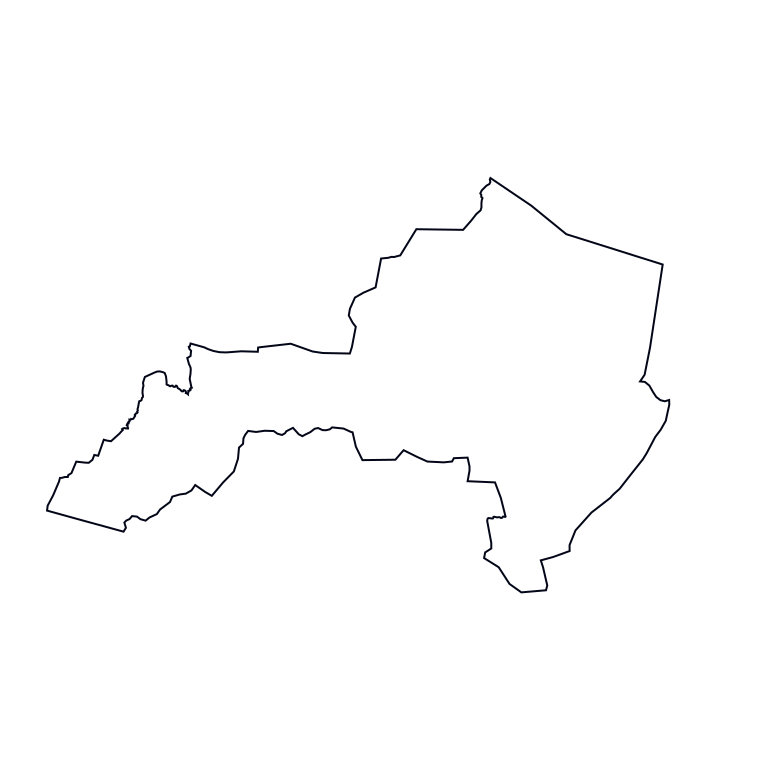 Kaura Namoda, Zamfara, Nigeria, rotated 109°
{"feature_id": "59680162B64690225464412", "entity_name": "Kaura Namoda", "entity_type": "district", "adm_level": 2, "iso_a3": "NGA", "parent_name": "Nigeria", "parent_adm1": "Zamfara", "projection": "equal_earth", "projection_center": [6.672, 12.478], "detail": "fine", "context": "isolated", "style": "outline", "palette": "ink", "viewbox_px": 768, "rotation_deg": 109, "n_neighbors": 0, "source": "geoboundaries", "source_scale": "gbopen_adm2", "svg_char_len": 4054}
<svg xmlns="http://www.w3.org/2000/svg" viewBox="0 0 768 768"><g transform="rotate(109 384 384)"><path d="M266.3,427.6L295.4,423.4L304.3,433.1L311.7,439.6L324.0,440.7L330.7,439.6L336.2,433.7L339.1,429.3L359.3,426.4L366.3,426.2L374.6,451.9L376.5,462.0L376.3,485.3L389.4,512.8L390.5,514.9L394.6,513.8L399.5,529.5L404.2,540.4L405.7,544.0L407.5,550.0L408.3,556.1L408.3,561.1L408.2,562.8L407.9,565.4L407.9,566.6L408.2,571.9L408.7,580.1L409.8,580.0L411.6,579.8L412.3,580.7L414.2,579.4L415.4,577.2L418.1,576.6L420.5,576.0L422.3,577.4L423.4,578.5L428.9,574.7L430.1,573.4L431.7,572.1L433.3,571.4L437.3,570.3L442.4,569.4L449.2,565.4L450.1,564.5L450.4,564.9L451.0,565.6L452.3,565.9L452.5,565.7L452.6,565.0L453.0,565.1L453.3,565.6L453.8,565.9L454.4,566.7L454.7,566.3L455.3,566.4L456.0,566.2L456.9,566.4L457.5,566.1L457.0,567.5L457.1,568.4L456.1,568.6L455.2,569.5L454.9,570.5L455.0,571.3L455.4,571.6L456.2,571.5L456.7,572.4L456.6,573.2L455.6,575.0L455.3,576.3L455.0,577.7L453.9,578.7L453.4,579.1L453.2,579.7L453.3,580.2L454.7,580.7L455.1,581.5L455.0,582.6L454.4,583.2L454.5,583.8L455.0,584.7L455.8,585.5L455.7,586.1L455.3,587.6L455.4,588.8L455.2,589.4L452.2,590.5L447.8,592.6L445.0,594.9L444.8,597.0L445.1,600.1L446.1,602.6L447.8,604.6L449.3,606.2L455.2,612.4L461.2,612.3L464.1,610.8L466.1,610.7L468.5,610.2L470.9,609.5L472.3,608.8L473.9,607.9L475.1,607.8L476.0,608.3L478.1,608.0L479.0,608.5L480.0,609.8L482.0,609.6L485.6,609.0L486.8,608.9L488.0,608.9L489.0,608.2L490.5,608.4L490.9,607.8L491.5,607.9L492.1,608.1L492.6,609.0L494.5,609.6L495.1,608.9L498.6,609.8L499.4,611.1L499.4,611.7L499.9,611.7L500.4,612.3L500.5,613.1L501.1,612.8L501.4,612.5L502.3,612.5L502.7,613.2L503.2,613.1L503.6,613.2L503.9,612.7L504.4,612.7L504.5,613.5L505.0,613.4L505.8,613.9L506.7,613.8L506.6,613.0L507.2,612.7L507.8,612.5L508.2,612.4L508.8,612.1L509.0,611.6L509.5,611.6L509.6,612.7L510.1,613.5L510.1,614.9L510.6,615.8L511.2,616.5L511.9,617.0L512.6,616.0L514.4,616.9L516.9,617.9L527.0,623.5L527.7,627.5L527.9,630.8L544.9,630.9L545.4,634.8L550.6,635.0L554.6,637.5L555.6,640.8L557.6,649.7L570.0,650.5L573.0,652.9L574.9,652.7L575.4,654.2L575.8,655.4L577.7,658.2L578.3,659.8L582.5,659.5L583.2,659.6L597.0,660.6L608.5,662.4L613.4,661.4L611.1,624.0L608.4,582.2L604.0,581.2L599.5,584.4L597.0,583.2L594.5,580.6L590.9,579.2L589.8,574.4L591.1,570.3L590.8,564.9L586.6,562.3L580.9,556.4L575.6,554.9L565.2,547.9L559.4,547.5L554.9,541.1L552.2,535.7L547.3,531.4L541.0,529.6L544.3,517.9L545.8,510.4L529.5,504.1L515.6,497.5L502.3,497.7L491.3,500.4L486.5,497.8L481.1,499.2L477.2,498.7L472.6,497.2L471.0,489.3L467.1,481.7L464.4,473.0L465.7,468.4L465.4,463.8L462.7,461.5L460.5,461.0L455.1,455.8L459.3,448.2L459.9,444.2L457.3,441.8L453.5,438.0L448.9,435.0L447.1,432.0L447.6,427.0L446.5,423.6L444.5,420.5L441.9,418.9L439.3,407.7L440.1,399.4L439.9,398.0L452.4,390.2L463.0,379.6L451.9,348.6L440.2,343.9L442.1,329.4L443.2,317.7L438.6,301.9L435.1,294.4L431.4,293.8L426.4,281.0L434.1,276.3L438.2,274.9L448.7,273.3L440.9,247.0L453.6,236.5L469.8,225.9L470.3,226.2L470.3,227.3L470.6,228.3L471.9,228.7L472.6,229.7L472.3,231.4L472.7,232.5L473.3,233.6L473.5,235.4L473.6,236.5L474.0,237.2L474.9,237.1L475.7,237.3L476.1,238.4L476.4,240.2L476.7,241.5L477.5,242.2L479.8,241.9L499.2,230.9L504.6,229.0L510.3,233.5L516.0,232.7L519.9,215.9L532.2,200.2L536.3,186.3L526.3,163.7L521.4,164.0L505.6,173.9L499.7,178.3L492.6,167.9L481.5,154.1L475.9,156.1L460.1,155.3L438.0,146.0L433.9,143.3L417.9,132.9L416.3,132.3L413.6,131.1L406.4,127.1L389.6,121.3L370.9,114.7L363.8,113.1L345.8,110.3L337.2,107.5L327.1,105.6L317.0,106.8L310.7,107.5L306.3,109.2L308.9,112.8L309.3,117.3L307.6,122.4L304.1,126.9L299.1,132.6L297.1,138.0L298.2,142.7L290.4,140.6L263.1,144.3L180.3,159.4L183.0,260.4L167.4,302.9L154.6,350.4L156.1,350.6L158.3,349.2L160.7,349.5L163.1,351.7L169.1,354.6L172.4,355.0L173.5,353.6L175.4,353.0L176.1,351.4L178.4,351.4L181.8,350.6L185.1,349.4L188.3,349.2L193.2,352.0L201.0,354.7L212.5,359.4L222.8,390.7L227.1,403.8L257.1,410.5L260.7,415.9L261.3,418.2L263.3,421.1L266.3,427.6Z" fill="none" stroke="#020617" stroke-width="2"/></g></svg>